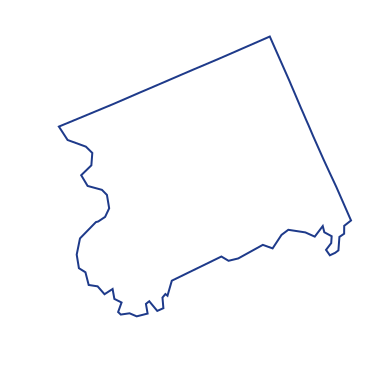 outline of Madison, Alabama, United States of America, rotated 66°
{"feature_id": "52423323B46234857736785", "entity_name": "Madison", "entity_type": "district", "adm_level": 2, "iso_a3": "USA", "parent_name": "United States of America", "parent_adm1": "Alabama", "projection": "albers", "projection_center": [-86.485, 34.734], "detail": "fine", "context": "isolated", "style": "outline", "palette": "blue", "viewbox_px": 384, "rotation_deg": 66, "n_neighbors": 0, "source": "geoboundaries", "source_scale": "gbopen_adm2", "svg_char_len": 1131}
<svg xmlns="http://www.w3.org/2000/svg" viewBox="0 0 384 384"><g transform="rotate(66 192 192)"><path d="M180.8,289.7L180.4,292.0L188.7,312.9L189.1,313.4L202.3,322.8L215.6,326.3L222.0,322.0L234.9,324.2L239.8,316.6L249.8,313.5L248.3,304.0L258.1,306.4L264.3,301.3L271.6,308.3L275.0,306.9L277.4,298.4L283.1,293.1L285.0,282.0L275.5,279.6L274.4,275.5L286.5,272.1L286.5,265.4L276.4,261.9L274.4,257.8L276.8,256.6L264.8,246.5L262.9,191.4L269.7,186.6L271.5,176.8L269.1,148.8L276.3,141.3L267.6,127.7L265.7,119.4L275.0,104.9L282.7,98.0L276.3,86.4L282.6,87.5L289.2,82.4L295.3,85.6L299.4,93.1L305.9,91.8L305.8,86.0L304.9,82.0L293.0,75.6L292.0,70.0L284.8,66.7L282.7,58.3L279.5,58.3L246.1,58.1L230.4,58.4L216.0,58.6L194.7,58.6L190.2,58.6L178.5,58.4L172.0,58.4L164.4,58.3L159.7,58.3L142.2,58.0L134.4,57.9L129.6,57.8L128.1,57.8L127.1,57.8L126.7,57.8L81.6,57.7L81.4,88.2L81.2,113.5L80.7,140.3L80.5,154.5L80.5,156.4L80.0,194.4L79.9,200.0L79.6,228.9L78.1,287.0L93.9,284.5L107.4,270.5L115.8,267.2L126.7,273.1L131.6,286.4L144.0,284.9L153.4,273.4L160.1,270.9L173.2,274.3L179.4,281.5L180.8,289.7Z" fill="none" stroke="#1e3a8a" stroke-width="2"/></g></svg>